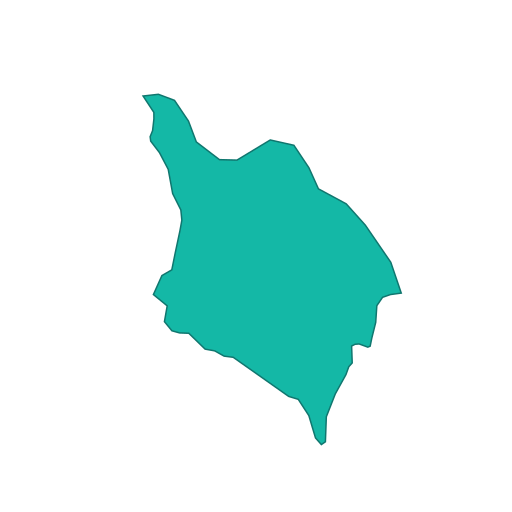 an SVG outline of Pargaujas, rotated 239°
{"feature_id": "LVA-5793", "entity_name": "Pargaujas", "entity_type": "Municipality", "adm_level": 1, "iso_a3": "LVA", "parent_name": "Latvia", "parent_adm1": "", "projection": "robinson", "projection_center": [25.076, 57.369], "detail": "fine", "context": "isolated", "style": "filled", "palette": "teal", "viewbox_px": 512, "rotation_deg": 239, "n_neighbors": 0, "source": "natural_earth", "source_scale": "10m", "svg_char_len": 909}
<svg xmlns="http://www.w3.org/2000/svg" viewBox="0 0 512 512"><g transform="rotate(239 256 256)"><path d="M246.9,143.7L259.0,154.2L275.8,148.2L287.7,165.3L287.5,176.7L300.2,188.3L316.8,203.8L324.9,210.9L334.2,215.3L352.4,216.7L375.5,225.4L394.3,226.5L408.7,224.9L412.8,226.7L416.7,231.9L426.1,239.1L431.7,242.4L451.3,241.6L444.9,255.6L431.4,266.3L406.4,267.6L384.5,263.6L357.4,274.3L348.0,289.1L348.1,318.6L348.1,328.0L331.4,345.5L304.3,346.8L281.4,344.1L254.2,360.2L226.1,365.6L181.2,368.3L149.4,361.4L153.7,351.4L155.4,343.2L151.2,334.0L137.4,324.4L126.1,313.1L119.9,307.4L120.3,304.9L127.5,299.1L129.3,295.5L129.6,291.6L114.8,283.4L113.3,278.5L108.0,272.0L97.0,253.0L82.0,233.5L61.0,219.8L60.7,214.9L69.4,213.3L92.0,219.1L111.4,218.4L118.8,211.7L180.9,184.3L186.6,177.1L196.0,171.7L202.4,164.4L224.4,158.6L229.4,150.9L235.2,145.4L246.9,143.7Z" fill="#14b8a6" stroke="#0f766e" stroke-width="1.5"/></g></svg>